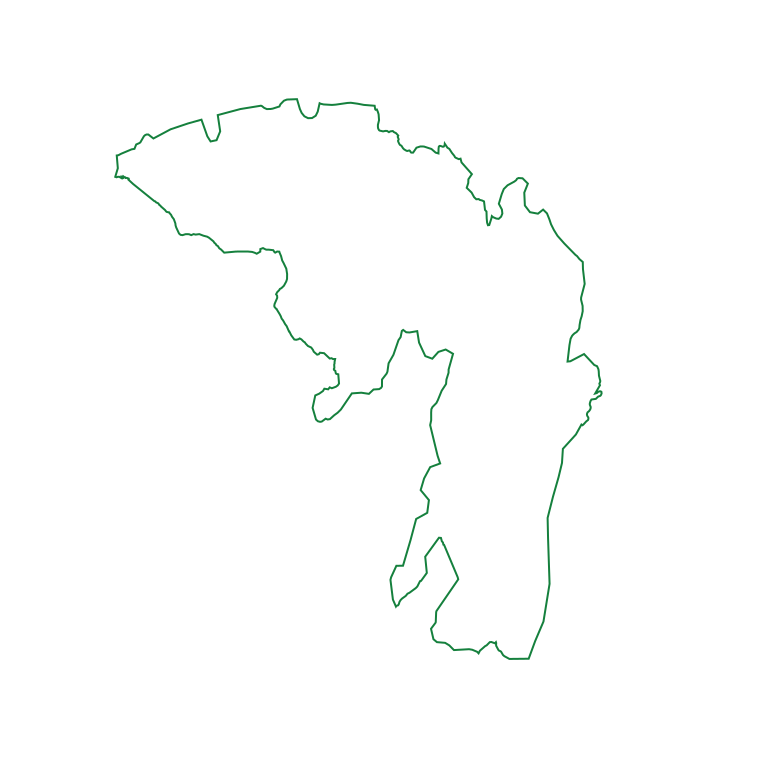 outline of Lower Manya, Eastern, Ghana, rotated 168°
{"feature_id": "2480657B54302337253194", "entity_name": "Lower Manya", "entity_type": "district", "adm_level": 2, "iso_a3": "GHA", "parent_name": "Ghana", "parent_adm1": "Eastern", "projection": "equal_earth", "projection_center": [0.033, 6.213], "detail": "fine", "context": "isolated", "style": "outline", "palette": "green", "viewbox_px": 768, "rotation_deg": 168, "n_neighbors": 0, "source": "geoboundaries", "source_scale": "gbopen_adm2", "svg_char_len": 6159}
<svg xmlns="http://www.w3.org/2000/svg" viewBox="0 0 768 768"><g transform="rotate(168 384 384)"><path d="M513.0,545.7L501.2,544.3L489.7,541.9L485.5,540.6L483.1,539.2L481.4,537.9L477.5,539.2L476.9,541.7L474.1,542.1L471.9,540.3L471.0,539.8L468.6,539.3L464.5,537.9L463.6,535.5L463.0,535.1L461.0,535.8L458.9,535.2L458.8,534.0L458.1,530.5L457.9,526.0L457.1,523.3L455.6,517.1L455.9,511.7L457.0,506.9L458.3,504.6L461.5,500.9L464.4,499.1L466.1,498.6L467.0,497.6L469.4,496.0L470.4,494.8L470.9,494.2L470.2,492.6L470.5,490.5L474.4,485.0L475.1,483.2L475.1,482.3L473.9,480.0L473.4,479.6L473.4,479.3L471.5,473.9L470.9,471.8L470.5,469.2L469.5,467.2L468.2,463.0L467.2,460.9L466.0,455.1L465.7,455.1L464.6,450.9L462.5,446.2L460.7,445.5L458.2,445.6L457.0,446.1L455.5,444.8L453.9,442.3L452.7,441.1L452.3,439.9L450.5,437.0L447.6,434.8L446.4,432.1L446.0,430.2L443.3,426.6L441.6,426.7L440.1,427.9L436.2,426.6L431.8,420.2L429.9,420.1L428.7,419.0L426.6,418.6L427.8,415.8L428.1,414.4L428.7,413.3L429.2,410.0L429.8,409.4L430.0,408.8L429.8,407.9L428.9,407.1L428.9,404.5L428.5,403.8L426.7,403.0L427.9,393.8L429.6,392.2L431.7,391.3L435.9,390.7L437.8,392.0L439.7,390.4L443.3,391.8L445.2,389.8L449.4,388.0L453.6,387.1L458.8,375.5L457.9,363.4L456.4,361.3L454.4,360.3L452.7,360.2L448.3,362.2L446.5,361.0L444.2,360.9L439.2,363.8L435.4,365.5L431.5,368.0L417.4,381.5L408.0,380.2L400.8,377.5L395.4,380.8L389.8,380.0L387.7,380.8L386.5,382.0L385.0,388.8L379.3,393.6L378.1,395.3L375.2,403.3L368.7,410.6L360.7,423.9L358.0,426.4L355.5,432.2L354.0,432.9L351.5,430.0L348.3,429.1L340.5,428.8L341.1,417.2L337.8,402.7L331.5,398.7L324.1,404.1L316.5,404.9L310.2,399.2L317.8,384.7L318.5,381.6L322.0,375.4L323.3,371.1L329.0,365.4L334.7,357.0L336.7,354.5L341.4,351.4L342.9,349.5L343.8,346.3L345.4,338.7L347.4,334.2L346.5,302.7L345.6,294.6L356.1,293.1L364.4,283.3L370.2,272.6L364.2,261.1L368.5,249.0L380.6,245.3L390.5,225.8L403.2,202.3L409.7,203.6L417.2,193.5L418.4,191.1L420.1,171.3L418.6,163.8L418.0,164.4L416.2,164.6L415.2,165.7L414.2,167.6L412.7,169.2L410.9,170.4L406.8,172.2L404.6,174.0L402.5,174.5L395.3,177.8L393.5,179.0L390.3,183.0L389.5,183.8L388.7,183.7L381.4,190.3L379.6,206.5L362.2,222.2L360.3,221.6L360.1,218.1L359.3,216.7L359.3,214.5L358.7,214.2L358.6,213.8L352.1,179.7L352.0,177.5L379.9,151.0L380.4,150.0L382.9,140.3L383.3,139.7L388.9,134.8L388.7,124.1L385.9,120.5L378.0,118.1L374.5,114.8L370.9,109.2L355.9,106.9L352.9,105.7L348.6,102.7L347.5,100.9L345.6,103.2L339.5,106.6L338.0,107.0L334.2,109.5L332.6,109.3L329.4,107.3L328.2,108.2L328.1,107.2L328.4,106.6L328.7,104.6L327.4,100.1L326.9,99.3L325.5,98.3L325.1,97.7L323.9,94.1L322.8,92.7L318.5,89.0L299.6,85.2L289.6,101.1L277.4,118.5L263.6,154.1L255.6,199.0L251.8,219.0L242.2,238.5L232.6,256.6L226.3,269.8L222.5,283.4L206.8,294.7L199.3,303.3L198.5,302.4L197.5,302.8L193.9,305.4L192.0,306.3L191.3,307.4L191.1,308.8L191.7,310.2L191.9,311.7L191.5,312.9L190.7,314.0L189.1,314.8L187.7,316.1L187.0,317.2L186.6,318.5L187.0,320.9L186.7,322.3L185.6,324.3L184.3,325.7L179.9,325.4L177.2,327.1L174.8,327.5L173.9,328.3L173.1,329.6L173.0,331.2L173.7,331.8L174.7,332.0L176.2,331.8L177.7,330.9L179.4,330.8L173.0,337.9L173.3,339.5L172.2,341.0L171.8,342.0L172.0,347.4L171.3,351.9L171.2,353.9L171.9,357.1L174.4,358.9L182.1,371.7L197.0,367.5L199.8,367.8L194.5,383.5L192.1,389.4L190.1,391.9L189.0,392.8L187.2,393.9L184.8,394.8L182.2,396.8L181.3,398.2L180.4,401.1L178.5,405.8L176.6,409.1L174.5,413.9L173.5,419.1L173.7,425.6L173.2,427.6L166.9,440.2L165.5,455.0L164.2,462.0L166.9,465.6L168.6,469.0L169.9,470.5L178.4,483.9L183.5,492.9L185.8,499.3L187.4,505.5L188.0,510.7L189.1,517.0L192.1,521.5L198.0,518.6L205.5,521.7L209.1,529.3L207.0,542.0L201.6,550.1L205.7,556.4L209.6,557.5L211.2,557.1L212.3,555.9L214.4,554.9L221.8,552.7L226.3,549.8L229.4,545.2L234.2,536.4L232.4,530.1L232.8,526.1L234.7,523.3L237.5,521.7L239.8,522.5L242.6,524.5L243.6,525.8L244.5,523.7L248.0,517.6L249.3,517.7L249.6,520.4L249.1,524.7L247.9,531.4L249.0,533.3L248.2,541.8L249.9,543.1L252.1,544.2L252.9,545.2L255.3,545.5L257.0,548.0L258.5,553.0L262.3,558.7L259.8,563.1L258.9,566.7L254.4,571.0L262.1,584.6L262.3,588.5L264.1,588.4L266.8,590.4L267.4,591.1L267.8,592.6L269.5,595.9L271.2,600.4L272.8,601.9L274.6,606.4L275.1,604.9L276.2,603.8L277.1,603.8L279.2,605.1L280.2,605.3L281.0,604.8L281.7,602.9L282.8,598.2L285.4,599.6L288.7,604.0L295.6,608.0L299.0,608.8L303.1,608.4L307.4,604.3L308.7,604.5L309.5,604.9L310.3,606.9L310.7,607.2L312.9,607.1L313.8,607.7L315.6,609.4L316.4,610.7L317.4,613.4L318.7,614.6L319.2,615.9L319.7,618.2L319.7,619.0L318.9,620.0L318.8,620.6L319.2,622.9L318.4,624.0L320.1,626.9L322.0,628.4L322.8,629.6L325.3,629.8L326.8,629.3L328.4,630.9L330.1,631.3L332.4,631.3L335.6,632.8L336.1,633.4L336.6,635.2L336.5,636.7L336.1,638.7L334.0,643.1L333.2,648.9L333.4,651.3L333.9,654.0L335.2,654.0L335.5,654.7L335.3,658.1L345.7,661.2L351.4,663.6L358.0,666.0L361.3,666.5L373.2,667.3L376.9,667.8L384.9,670.0L387.7,671.3L388.6,672.0L392.2,664.2L395.0,660.6L399.1,659.1L403.0,659.8L406.2,662.4L408.2,666.3L409.1,670.5L409.9,680.7L419.7,682.4L420.6,682.3L423.0,681.9L427.2,679.1L428.6,677.2L435.6,676.5L437.9,676.6L441.5,677.3L443.8,679.0L445.6,681.2L446.5,681.8L467.3,682.8L490.7,681.6L491.7,665.2L497.1,657.3L503.2,657.3L505.3,663.0L507.6,680.5L521.6,679.6L539.8,677.5L558.5,672.1L562.6,677.0L564.2,677.4L565.7,677.2L567.3,676.3L572.1,671.0L573.3,670.5L576.6,669.8L579.2,665.9L582.1,666.0L593.1,663.9L596.3,663.0L597.9,663.1L599.5,650.4L603.8,642.5L602.6,641.8L601.3,642.0L599.9,641.7L597.4,639.5L596.8,639.6L597.2,640.5L597.8,641.0L597.7,641.5L596.1,640.7L596.2,641.3L596.0,641.5L595.1,640.4L594.3,640.1L593.9,639.2L592.7,639.1L591.0,638.0L591.0,637.5L591.5,637.0L587.9,631.9L570.6,610.6L569.8,610.2L569.2,609.1L567.2,607.6L566.4,605.6L565.7,605.1L565.3,604.1L562.0,599.7L561.2,598.0L560.6,597.4L558.4,596.5L558.3,595.8L557.1,593.8L556.6,591.7L555.3,588.9L554.7,584.5L554.9,582.4L554.7,580.3L553.2,573.8L552.0,572.2L550.1,571.5L547.0,571.8L545.4,571.5L543.5,571.0L541.6,569.7L539.1,570.2L537.2,569.3L533.5,569.0L529.8,566.6L526.4,564.9L524.8,563.5L521.1,558.9L520.7,557.6L519.5,556.0L519.1,554.7L517.8,553.4L516.9,551.0L515.4,549.4L513.0,545.7Z" fill="none" stroke="#15803d" stroke-width="2"/></g></svg>